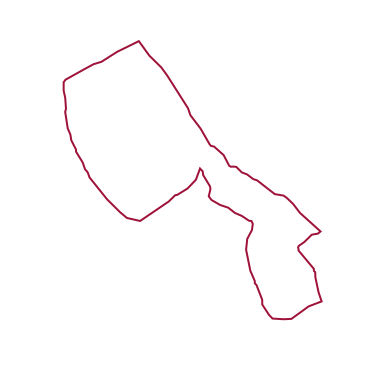 Yupiltepeque, Jutiapa, Guatemala (orthographic projection), rotated 317°
{"feature_id": "79465075B99403768988666", "entity_name": "Yupiltepeque", "entity_type": "district", "adm_level": 2, "iso_a3": "GTM", "parent_name": "Guatemala", "parent_adm1": "Jutiapa", "projection": "orthographic", "projection_center": [-89.785, 14.166], "detail": "fine", "context": "isolated", "style": "outline", "palette": "rose", "viewbox_px": 384, "rotation_deg": 317, "n_neighbors": 0, "source": "geoboundaries", "source_scale": "gbopen_adm2", "svg_char_len": 1309}
<svg xmlns="http://www.w3.org/2000/svg" viewBox="0 0 384 384"><g transform="rotate(317 192 192)"><path d="M195.2,28.3L176.1,23.6L173.0,24.2L167.3,30.3L163.4,36.8L156.5,45.3L153.9,46.9L144.5,60.7L142.2,67.1L139.0,71.8L136.1,82.0L134.7,83.4L132.2,95.8L129.2,102.6L129.3,104.2L129.0,106.8L127.0,111.4L124.9,139.3L125.6,157.6L126.7,166.6L134.3,177.8L168.6,183.1L177.6,182.9L179.1,184.0L191.1,186.4L203.2,185.7L213.9,180.3L213.9,184.2L211.7,187.3L209.0,200.2L207.5,202.4L201.3,206.6L200.8,211.1L203.7,220.6L207.8,228.2L209.1,236.5L212.2,243.7L214.1,251.9L215.7,253.8L214.7,256.8L209.9,260.7L200.4,264.0L192.2,271.1L181.0,289.3L177.2,299.9L175.6,301.8L175.8,303.8L169.9,318.6L166.6,322.3L164.5,334.4L164.6,339.5L172.3,347.6L178.2,352.6L199.3,355.2L212.2,360.4L216.1,351.8L224.0,338.6L227.4,334.7L227.4,332.8L228.7,331.3L230.0,307.4L230.9,306.5L231.8,304.9L233.2,304.2L240.2,305.2L250.5,304.9L255.7,308.3L259.1,308.5L256.7,280.9L257.8,269.9L257.3,260.9L256.5,257.1L251.1,250.0L247.5,227.7L245.6,224.4L244.3,216.8L241.8,211.6L241.5,203.9L240.3,202.4L238.9,201.0L237.7,200.1L237.1,198.2L240.3,186.6L239.1,173.8L237.3,171.1L237.4,169.2L241.5,151.5L243.2,134.8L246.2,128.0L253.3,89.9L254.5,79.9L253.8,63.2L256.0,45.4L232.8,38.4L214.5,35.0L207.2,31.4L195.2,28.3Z" fill="none" stroke="#9f1239" stroke-width="2"/></g></svg>